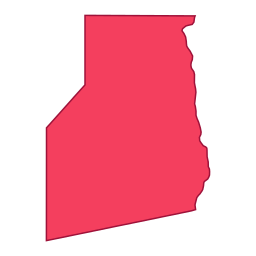 Assunção do Piauí, Piauí, Brazil (Robinson projection)
{"feature_id": "56859067B20016792285726", "entity_name": "Assunção do Piauí", "entity_type": "district", "adm_level": 2, "iso_a3": "BRA", "parent_name": "Brazil", "parent_adm1": "Piauí", "projection": "robinson", "projection_center": [-40.956, -5.876], "detail": "fine", "context": "isolated", "style": "filled", "palette": "rose", "viewbox_px": 256, "rotation_deg": 0, "n_neighbors": 0, "source": "geoboundaries", "source_scale": "gbopen_adm2", "svg_char_len": 1046}
<svg xmlns="http://www.w3.org/2000/svg" viewBox="0 0 256 256"><path d="M195.1,15.9L172.6,15.8L85.0,15.4L85.0,23.6L85.0,84.9L73.7,97.4L72.6,98.7L58.1,114.9L48.7,125.4L46.5,127.8L46.5,153.2L46.5,154.6L46.4,240.6L74.2,234.9L116.0,226.3L158.1,217.7L160.4,217.2L191.5,210.8L195.6,209.6L195.0,205.0L195.3,203.5L196.8,197.6L198.5,195.3L199.9,193.9L201.9,191.0L202.7,189.5L203.5,185.9L203.8,182.5L204.5,181.4L207.7,179.0L208.8,177.0L209.5,175.1L209.6,171.6L209.4,169.1L208.3,166.7L208.2,162.0L207.1,156.7L207.0,150.1L206.8,148.1L205.8,147.0L203.2,145.7L200.8,142.5L199.7,140.7L199.4,137.4L200.8,134.5L201.1,132.1L200.3,127.9L198.6,122.2L197.0,118.5L196.0,115.3L196.0,111.1L195.3,106.3L194.6,103.9L195.9,92.3L195.6,89.0L194.4,82.8L194.5,74.5L193.8,71.7L191.5,68.3L191.0,66.2L190.9,64.6L191.3,62.1L192.3,59.7L192.6,56.0L190.2,51.3L188.0,48.3L186.7,46.1L186.4,43.5L186.3,41.4L185.6,37.0L184.0,33.6L182.0,30.8L182.5,28.8L184.6,27.0L186.1,25.9L187.9,25.4L192.2,24.4L193.9,22.1L194.5,17.6L195.1,15.9Z" fill="#f43f5e" stroke="#9f1239" stroke-width="1.5"/></svg>